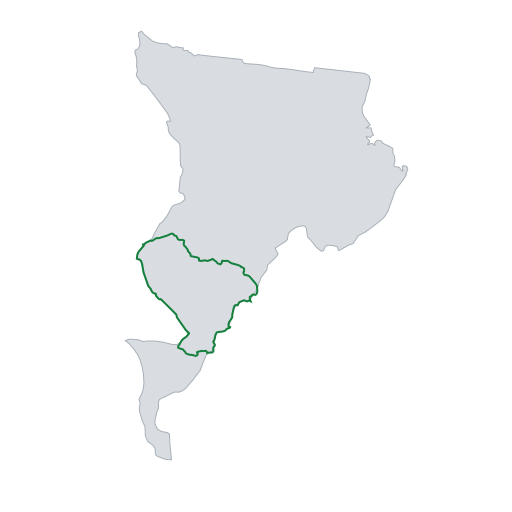 Nord on a map of Cameroon (orthographic projection), rotated 186°
{"feature_id": "CMR-1483", "entity_name": "Nord", "entity_type": "Province", "adm_level": 1, "iso_a3": "CMR", "parent_name": "Cameroon", "parent_adm1": "", "projection": "orthographic", "projection_center": [13.766, 8.625], "detail": "fine", "context": "in_parent", "style": "outline", "palette": "green", "viewbox_px": 512, "rotation_deg": 186, "n_neighbors": 0, "source": "natural_earth", "source_scale": "10m", "svg_char_len": 7653}
<svg xmlns="http://www.w3.org/2000/svg" viewBox="0 0 512 512"><g transform="rotate(186 256 256)"><path d="M115.1,352.5L116.2,349.6L124.2,336.2L129.4,314.6L131.7,309.5L134.0,306.2L145.7,294.8L150.0,291.1L156.3,287.0L160.8,278.5L162.3,277.7L164.3,277.0L174.3,269.9L175.2,271.3L175.8,273.0L176.5,273.8L179.8,274.4L184.2,274.4L186.8,273.9L188.1,272.5L189.5,268.5L190.3,267.8L191.4,267.6L196.2,270.4L204.1,278.3L206.1,279.7L207.0,281.3L208.7,288.4L209.7,290.2L211.4,291.0L214.5,290.5L217.8,289.3L220.6,287.5L223.4,285.1L225.3,283.0L226.2,281.4L226.6,275.6L227.3,274.3L237.7,265.9L237.4,265.1L235.7,262.7L234.2,260.1L235.8,257.4L237.4,255.3L243.5,248.3L243.8,243.2L248.7,235.2L251.5,224.6L251.6,222.6L257.9,210.9L264.5,209.9L267.0,208.3L269.9,205.4L271.8,202.7L272.7,200.2L273.4,195.2L274.6,189.6L275.3,184.7L277.3,180.1L280.6,177.8L286.3,175.9L287.2,175.0L288.0,172.0L288.8,161.9L289.8,157.4L295.1,152.4L297.5,144.5L299.6,136.3L305.6,126.3L312.6,116.4L315.9,113.7L318.6,112.5L321.8,112.3L323.9,111.6L331.5,106.7L334.6,105.0L336.9,103.3L337.5,101.8L337.7,99.6L337.0,94.5L338.3,90.7L339.0,84.9L339.3,80.4L339.0,78.8L337.6,76.1L335.4,73.3L331.6,71.6L326.4,71.2L323.7,70.2L322.7,65.0L322.3,61.7L318.8,44.4L325.3,44.4L333.2,46.5L335.2,48.0L336.2,53.9L339.1,57.3L344.1,60.0L347.3,65.7L348.5,74.4L351.3,79.5L351.9,80.3L355.9,90.1L356.1,94.6L355.8,97.6L357.4,101.4L355.0,107.8L354.3,111.8L354.1,117.3L355.6,127.0L357.9,134.6L360.5,140.7L363.3,145.4L367.8,150.6L372.7,155.3L377.2,158.3L373.0,160.1L364.9,160.4L360.3,159.4L358.1,159.3L355.8,160.0L347.2,160.9L338.5,160.5L330.4,159.3L325.5,159.5L321.7,162.4L318.6,166.8L315.7,170.3L316.8,174.1L318.9,176.2L323.1,180.9L326.9,185.4L328.8,188.4L336.3,195.0L343.5,200.9L347.0,203.0L348.2,203.4L352.2,206.8L357.7,212.4L362.7,221.1L369.8,238.6L371.3,240.0L373.7,240.9L374.0,242.8L373.9,245.5L373.1,247.8L367.5,256.9L362.6,260.5L361.2,262.6L359.4,267.9L354.9,278.3L352.9,279.8L348.5,286.9L344.9,295.8L344.0,297.1L342.5,298.2L337.3,300.4L335.6,301.5L333.0,304.3L332.6,306.1L333.8,308.6L335.3,310.6L338.0,310.7L339.5,312.6L339.5,326.3L338.3,328.4L338.3,329.3L337.7,331.7L337.5,334.3L337.9,335.4L339.0,336.2L340.4,338.0L341.2,342.3L343.0,357.1L343.8,359.5L345.2,361.1L349.8,364.3L354.6,368.5L356.1,371.2L357.0,375.7L358.9,379.2L358.8,380.4L358.1,380.9L355.1,381.2L356.1,383.7L358.6,388.2L370.8,401.8L382.6,414.0L385.4,414.9L387.4,415.1L388.3,415.9L389.4,417.6L393.3,422.0L394.1,424.6L393.2,427.1L394.1,430.9L394.8,432.2L394.6,433.5L395.0,438.1L396.1,442.2L397.8,445.6L397.6,448.1L395.3,449.4L394.0,451.7L393.6,454.8L394.3,458.7L396.1,463.2L396.1,465.8L393.3,467.6L390.1,464.5L386.7,462.5L381.4,458.9L376.2,457.6L369.4,457.4L366.5,457.8L361.4,454.9L359.8,454.5L357.6,455.7L356.0,455.8L354.1,455.3L350.2,455.4L349.9,453.3L349.2,452.9L345.1,453.1L343.8,451.3L343.2,451.5L341.6,451.0L338.2,448.5L334.7,450.2L327.4,450.0L290.4,449.9L289.5,447.6L287.7,446.4L284.4,446.3L274.6,446.7L267.1,446.4L262.0,445.4L255.8,444.9L248.0,445.3L240.1,445.2L226.0,444.5L218.1,444.5L218.3,446.0L217.8,447.0L217.4,449.4L167.3,449.0L163.2,447.3L162.0,446.2L161.6,444.1L160.7,443.9L161.5,435.2L163.2,428.0L163.9,421.3L166.2,415.3L165.0,409.3L163.6,406.7L156.1,398.2L159.6,395.0L155.0,395.4L154.0,392.3L151.8,388.5L153.2,387.9L154.5,385.8L158.6,386.5L158.5,385.5L155.0,382.3L155.3,380.7L156.8,378.9L156.1,378.2L153.5,380.0L151.7,379.9L150.2,378.7L149.2,378.5L149.8,380.9L148.4,383.1L147.0,383.8L144.7,383.7L142.8,383.1L142.3,381.9L140.5,380.9L135.5,379.3L131.3,377.3L130.5,372.2L128.8,369.9L128.2,367.4L127.8,364.6L128.4,360.2L127.3,359.4L126.1,359.2L124.3,359.4L122.6,359.1L120.6,356.6L118.9,355.7L119.9,360.2L118.7,361.4L115.7,361.0L114.4,359.3L114.2,358.0L115.6,352.6L115.1,352.5Z" fill="#d9dde1" stroke="#a8b0b8" stroke-width="1"/><path d="M323.8,159.5L323.2,159.6L322.9,159.7L322.8,160.0L322.8,160.3L322.7,160.7L321.0,164.3L319.8,165.9L316.8,168.5L314.6,171.7L314.6,172.3L317.9,174.8L328.4,186.9L328.7,188.5L329.4,189.7L337.6,196.3L345.8,202.9L346.4,203.1L346.7,202.9L347.0,202.9L347.4,202.9L347.7,203.0L348.2,203.2L349.7,204.3L350.0,204.7L350.2,205.1L350.4,205.3L350.7,205.4L351.0,205.6L351.2,206.0L351.5,206.9L351.6,207.4L351.6,207.7L351.7,208.0L352.2,208.1L353.6,208.3L354.5,208.6L355.3,209.2L355.9,209.9L357.5,212.5L359.6,214.5L360.2,215.3L361.2,217.4L366.2,228.0L368.4,236.0L369.7,239.0L371.5,240.3L372.2,240.3L373.4,240.6L374.2,240.8L374.2,244.6L373.7,246.8L372.7,248.8L371.2,250.8L371.0,251.3L369.0,254.0L368.8,254.6L369.6,255.3L369.5,255.8L369.3,255.8L368.6,255.8L368.4,255.9L368.2,256.1L367.9,256.7L367.7,256.9L366.0,258.3L363.2,259.9L362.6,260.4L362.2,260.2L361.8,260.1L361.3,260.2L360.7,260.4L359.9,260.9L357.6,262.9L357.1,263.2L356.5,263.4L355.7,263.5L355.1,263.5L354.5,263.6L353.9,263.8L346.2,267.2L343.5,268.9L343.1,269.1L342.6,269.3L342.2,269.4L341.8,269.5L341.3,269.4L340.9,269.3L340.4,269.0L340.1,268.8L339.6,268.0L337.3,267.5L336.4,266.2L336.2,265.7L335.8,265.1L335.4,264.6L334.8,264.3L334.3,264.1L333.8,264.0L331.1,264.3L330.2,264.2L329.8,264.2L329.4,263.9L329.1,263.6L329.0,263.0L329.1,262.5L329.2,262.1L329.1,260.0L328.5,258.8L328.0,258.4L327.5,258.1L326.9,257.6L324.9,255.5L324.2,254.3L324.1,253.7L323.9,253.4L323.5,253.0L321.9,251.8L321.7,251.6L321.5,251.3L321.4,250.8L321.1,249.5L320.8,249.2L320.4,249.0L314.0,248.4L313.1,248.1L312.7,247.8L312.4,247.4L312.3,245.8L311.9,245.4L311.4,245.3L310.6,245.3L306.4,246.3L305.9,246.4L305.5,246.3L304.6,246.0L304.1,246.0L303.4,246.1L302.9,246.3L302.0,246.9L301.6,247.0L300.3,247.5L299.9,247.8L299.5,248.3L299.1,248.5L298.6,248.4L296.6,247.1L295.8,246.7L295.2,246.4L294.6,245.8L294.2,245.4L293.2,244.6L290.6,244.0L290.2,244.3L290.0,244.7L289.6,245.1L289.5,245.4L289.4,245.9L289.3,247.3L289.0,247.8L287.1,247.7L286.0,247.8L285.2,248.1L284.4,248.2L283.8,248.2L283.3,248.1L280.1,246.4L279.6,246.2L273.7,245.3L270.7,244.5L270.1,243.9L269.2,243.4L268.8,243.4L268.3,243.2L267.4,242.9L267.0,242.6L266.6,242.3L266.4,241.6L266.3,240.5L266.2,239.7L266.3,239.3L266.6,239.0L266.8,238.6L266.8,238.2L266.7,237.8L266.0,236.6L265.6,236.2L265.0,236.0L264.5,236.0L263.1,235.9L262.2,235.8L261.4,235.5L260.5,235.1L253.5,228.6L252.0,226.5L251.6,226.1L251.7,225.8L251.7,225.0L251.1,222.0L251.0,220.3L251.3,218.7L252.2,217.5L253.0,217.2L254.4,217.4L255.2,217.3L255.6,217.0L255.9,216.6L256.2,216.1L256.4,215.7L257.5,215.0L257.9,214.6L257.8,213.6L257.7,213.1L256.9,211.0L256.6,210.4L257.6,210.8L258.1,210.8L258.6,210.8L259.2,210.5L259.6,210.2L260.1,210.0L260.8,209.9L261.3,210.1L262.4,210.6L263.0,210.7L263.5,210.6L267.3,208.6L268.0,207.9L268.5,206.7L268.8,205.6L269.1,205.2L269.5,205.0L270.1,205.0L270.5,205.1L271.0,205.1L271.5,204.9L272.3,203.8L272.7,202.2L273.5,195.2L273.3,193.8L273.3,192.3L274.1,190.6L275.8,187.5L276.0,186.9L276.1,186.2L276.2,184.7L275.9,183.6L275.5,182.8L274.5,182.7L274.3,182.6L274.6,181.9L274.8,181.7L277.0,180.7L277.3,180.5L277.7,180.1L278.7,178.7L279.2,178.3L281.8,177.2L284.7,176.7L287.1,175.8L288.1,173.2L288.3,170.7L288.7,168.2L289.1,167.4L289.4,166.7L289.5,166.1L289.1,165.3L288.1,164.2L287.7,163.6L287.6,162.8L287.9,162.0L288.8,160.6L288.9,159.8L288.8,159.0L288.4,157.8L288.4,157.1L289.0,155.8L290.2,155.3L293.1,155.0L293.8,154.7L294.3,154.4L294.4,154.7L295.2,155.9L295.5,156.2L295.9,156.4L296.4,156.4L298.2,155.9L299.5,155.9L300.2,156.0L300.8,155.8L301.6,155.4L304.0,154.6L304.4,154.4L304.6,154.0L304.5,153.6L303.9,152.8L303.7,152.4L303.8,152.0L303.9,151.5L304.2,151.1L304.9,150.6L305.4,150.4L305.9,150.4L308.2,150.8L309.7,151.0L311.2,150.8L311.9,150.9L313.9,151.3L315.1,151.7L315.6,152.0L316.5,153.3L316.7,153.5L317.8,154.3L318.6,155.3L319.7,155.6L320.3,155.6L323.7,156.6L324.0,157.2L323.7,159.5L323.8,159.5L323.8,159.5Z" fill="none" stroke="#15803d" stroke-width="2"/></g></svg>